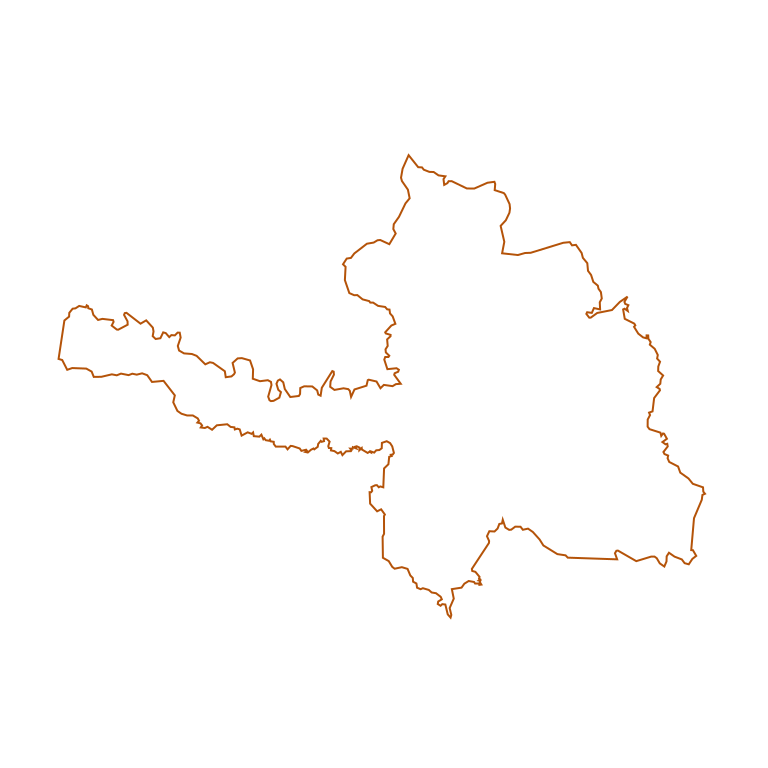 Ventanas, Los Rios, Ecuador (orthographic projection), rotated 273°
{"feature_id": "8360857B83829792617197", "entity_name": "Ventanas", "entity_type": "district", "adm_level": 2, "iso_a3": "ECU", "parent_name": "Ecuador", "parent_adm1": "Los Rios", "projection": "orthographic", "projection_center": [-79.44, -1.323], "detail": "fine", "context": "isolated", "style": "outline", "palette": "amber", "viewbox_px": 768, "rotation_deg": 273, "n_neighbors": 0, "source": "geoboundaries", "source_scale": "gbopen_adm2", "svg_char_len": 6145}
<svg xmlns="http://www.w3.org/2000/svg" viewBox="0 0 768 768"><g transform="rotate(273 384 384)"><path d="M594.6,434.4L595.2,427.5L598.3,422.5L598.2,418.2L600.1,412.5L602.3,410.6L602.3,406.8L613.8,396.6L599.9,391.3L590.9,390.2L587.6,391.3L579.3,397.7L570.8,399.9L565.5,396.0L551.7,390.2L544.1,385.4L539.2,385.2L534.9,387.8L523.9,382.0L527.6,372.7L527.2,370.0L524.7,366.3L523.2,359.6L512.8,347.5L508.2,344.4L507.3,340.2L501.4,336.8L499.0,339.5L485.7,339.5L473.0,344.6L471.1,349.6L471.4,352.7L467.4,358.2L466.0,364.9L464.6,366.0L464.7,368.9L461.7,374.0L461.0,381.1L458.7,383.3L458.6,385.6L454.8,386.3L452.0,389.1L444.7,392.2L442.8,388.3L435.7,382.5L434.6,383.1L433.4,388.0L432.0,388.0L428.7,384.8L422.2,385.7L418.7,383.7L415.6,384.2L412.5,387.8L411.2,387.0L411.0,383.8L408.4,383.0L399.0,386.6L400.4,395.7L399.0,398.1L397.0,397.5L395.3,394.1L393.7,393.7L385.1,400.7L384.5,395.9L382.3,392.7L383.1,383.9L379.6,380.7L386.1,376.4L387.5,368.5L387.0,367.6L381.4,366.6L377.0,354.8L369.4,351.8L375.4,350.2L377.0,348.6L377.6,343.8L375.5,334.8L378.4,330.4L383.7,330.5L390.7,333.5L393.7,333.1L394.2,331.7L377.0,322.1L369.0,321.3L370.0,318.9L374.1,317.6L377.8,312.5L377.5,304.4L375.6,300.6L369.6,300.7L367.6,299.6L366.1,291.1L373.8,285.2L380.4,283.3L383.1,279.9L381.8,277.8L378.6,276.6L372.7,278.7L370.5,281.5L364.9,280.2L361.4,274.6L361.0,272.0L361.8,270.5L365.3,269.0L377.1,271.7L380.2,271.0L381.7,267.8L380.3,260.0L382.4,252.7L391.8,252.5L400.5,249.0L402.4,240.7L401.9,236.5L397.1,231.7L387.6,234.5L385.9,233.7L383.6,231.3L382.5,225.6L388.4,224.4L396.1,212.2L396.6,209.0L394.3,204.5L402.3,195.4L403.9,190.6L404.1,182.7L406.7,177.6L411.2,176.1L419.7,178.5L424.6,177.3L424.5,175.2L421.6,172.6L421.7,169.1L419.6,167.1L423.4,163.4L424.0,160.8L418.0,158.3L417.0,153.6L419.7,150.5L424.4,151.1L428.2,150.2L435.1,143.2L431.5,137.7L441.6,123.1L441.2,121.4L439.4,120.8L433.2,124.6L429.8,124.9L424.3,115.7L424.4,114.3L428.1,109.0L431.9,110.7L433.6,110.1L434.3,99.4L433.0,95.1L437.9,90.1L443.1,88.4L444.2,84.7L446.2,84.4L447.0,83.0L444.9,82.2L446.0,75.5L443.4,71.9L442.9,69.1L438.6,66.0L434.8,66.0L430.7,61.5L392.0,57.7L391.1,61.4L381.6,66.9L383.6,71.8L383.8,85.9L381.1,91.4L375.9,93.8L376.4,101.4L379.4,111.7L378.7,116.7L380.6,120.8L379.5,128.5L381.1,132.1L380.4,136.6L382.0,141.9L380.4,147.1L373.9,152.2L375.6,163.7L361.7,175.7L354.7,174.5L346.3,179.1L343.7,183.3L342.3,188.9L342.6,194.7L339.9,199.8L337.6,201.2L335.7,199.7L335.1,202.8L333.1,204.5L331.0,203.3L330.7,207.4L332.0,210.0L329.3,214.7L334.0,219.2L335.6,229.6L333.1,233.1L332.9,236.9L330.8,237.4L331.7,239.9L331.1,242.3L325.0,244.5L328.6,250.4L327.3,254.4L328.8,255.8L325.1,256.7L324.9,262.3L327.0,264.2L322.5,266.4L323.5,267.3L321.7,268.8L321.3,272.2L322.4,273.0L320.8,273.8L320.5,276.9L318.3,277.1L315.8,279.2L316.3,288.9L313.7,291.1L317.3,294.0L317.2,296.0L315.2,303.2L312.9,305.0L314.3,309.7L313.2,310.6L312.0,309.1L311.6,311.5L314.5,314.5L315.9,317.0L315.1,317.8L317.8,321.1L320.7,321.4L323.9,323.8L323.0,324.8L323.8,327.1L326.4,326.6L326.5,329.6L323.6,332.7L319.0,331.6L317.2,332.3L317.2,334.7L314.9,334.5L314.4,338.0L312.2,341.5L314.0,344.4L310.8,346.2L314.8,349.7L315.2,354.5L316.1,355.0L317.7,353.7L317.7,356.0L319.3,356.2L318.2,359.7L319.9,358.6L320.4,360.0L319.2,362.9L316.6,362.9L318.9,365.1L317.4,365.4L314.3,371.3L315.6,373.0L314.9,374.6L316.0,374.3L315.0,377.8L317.4,379.7L317.8,382.8L319.7,385.1L325.1,385.0L327.0,389.7L325.3,393.2L322.1,395.5L315.7,397.5L314.1,396.5L313.7,394.6L312.5,395.4L311.6,393.0L304.1,392.6L299.7,388.5L280.8,388.7L281.5,385.6L280.6,384.2L282.6,382.2L282.4,380.5L280.4,376.8L276.7,377.8L275.2,376.8L275.2,375.3L263.8,376.4L256.5,383.8L258.7,387.7L253.7,391.7L252.1,390.9L234.4,391.9L231.5,390.6L210.4,392.0L207.4,398.0L201.8,401.8L200.1,404.3L202.0,411.4L200.6,417.2L194.2,420.3L191.8,422.9L188.1,423.4L186.5,426.8L182.3,427.7L181.0,431.3L182.1,433.5L180.7,439.5L178.3,442.5L177.8,446.9L174.4,451.8L172.0,453.0L169.6,449.5L167.1,449.2L165.5,452.1L167.2,453.7L167.0,456.8L157.3,459.7L154.2,462.7L156.9,463.3L163.7,461.3L173.3,464.9L182.7,462.5L184.7,472.1L188.8,474.7L191.7,478.9L191.0,484.3L189.5,485.4L189.7,489.4L188.4,489.7L188.8,491.7L191.3,490.0L192.6,490.5L192.8,488.9L194.0,490.2L194.7,489.1L196.4,489.5L201.2,485.1L201.9,481.9L203.9,481.4L230.7,497.1L232.7,497.2L237.4,494.8L242.5,496.9L242.5,502.1L245.6,505.0L250.3,506.5L250.9,509.1L254.7,509.7L247.0,512.7L244.9,516.6L245.2,518.7L248.4,522.5L248.6,527.8L245.7,530.3L247.1,535.4L244.0,540.4L236.9,547.5L231.1,551.6L223.2,566.0L222.4,574.3L220.2,576.6L221.1,626.0L227.1,623.5L229.6,624.8L229.9,626.3L220.3,645.2L225.6,659.8L225.8,663.2L224.3,665.5L219.3,668.8L216.4,673.5L221.6,675.4L226.7,675.3L230.4,677.4L226.8,683.2L224.4,690.6L220.8,693.6L219.9,697.8L225.5,701.1L228.7,704.8L234.2,701.2L234.2,699.5L266.2,700.6L285.0,707.4L289.9,707.8L291.2,710.3L293.2,708.5L297.5,708.0L300.5,697.6L305.6,693.0L311.0,684.5L317.0,682.0L321.1,672.9L324.7,671.1L327.4,671.5L328.7,667.8L330.7,666.6L336.5,670.6L339.1,670.0L338.5,668.3L340.6,665.1L344.1,669.4L349.0,666.3L349.2,665.2L346.7,663.6L349.9,662.6L352.8,651.5L355.2,649.5L362.3,649.2L366.9,651.3L369.3,650.2L370.7,653.6L384.1,654.5L392.1,659.9L393.5,659.5L395.2,656.5L398.7,659.9L403.0,660.1L407.1,662.3L411.3,657.1L415.8,657.0L420.7,658.5L423.7,655.4L427.3,655.9L433.3,652.5L437.2,647.4L439.8,648.1L443.1,645.6L446.3,645.3L446.3,643.7L443.4,643.7L444.1,640.3L447.6,635.3L454.2,630.7L455.7,631.9L457.4,630.8L461.7,621.0L471.0,618.9L471.8,620.3L469.7,623.6L472.6,622.7L475.5,623.9L476.6,620.7L478.6,619.8L484.0,622.6L478.3,615.2L469.8,607.8L466.1,593.2L461.1,587.0L461.0,585.5L464.6,582.4L466.3,583.1L465.9,587.8L470.8,589.7L469.8,595.9L476.9,595.2L480.8,597.0L487.1,595.8L490.4,593.2L493.4,592.4L496.9,587.7L503.7,585.1L507.7,581.8L515.3,580.7L520.4,576.0L525.2,574.5L533.0,568.4L532.3,564.5L535.4,562.1L534.4,555.6L522.7,523.6L522.2,518.0L519.8,510.9L520.7,495.1L532.3,496.7L548.0,492.2L553.9,497.1L561.6,500.3L565.9,500.7L570.2,500.0L579.4,495.1L580.9,493.7L583.4,484.4L589.5,484.6L591.7,483.7L590.4,476.8L583.9,463.9L583.6,456.5L590.1,441.0L589.9,437.9L587.9,436.8L586.0,433.7L591.7,432.7L594.6,434.4Z" fill="none" stroke="#b45309" stroke-width="2"/></g></svg>